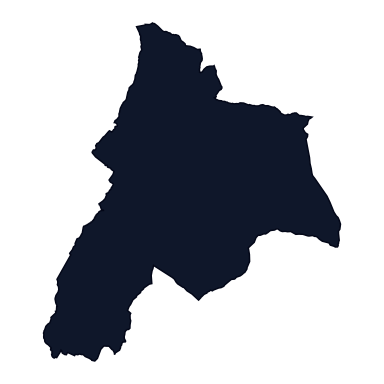 the district of Zetea, Harghita, Romania
{"feature_id": "2599482B1529970343685", "entity_name": "Zetea", "entity_type": "district", "adm_level": 2, "iso_a3": "ROU", "parent_name": "Romania", "parent_adm1": "Harghita", "projection": "mercator", "projection_center": [25.451, 46.47], "detail": "fine", "context": "isolated", "style": "filled", "palette": "ink", "viewbox_px": 384, "rotation_deg": 0, "n_neighbors": 0, "source": "geoboundaries", "source_scale": "gbopen_adm2", "svg_char_len": 5872}
<svg xmlns="http://www.w3.org/2000/svg" viewBox="0 0 384 384"><path d="M111.9,349.5L113.0,350.1L114.3,352.6L114.5,354.1L114.8,354.1L115.4,352.8L119.5,350.2L120.5,347.9L120.6,346.4L121.7,344.8L121.7,343.6L122.8,342.1L125.4,341.8L125.6,341.1L124.3,338.5L124.2,336.5L124.7,334.5L125.0,332.0L126.0,330.4L127.1,329.6L128.7,329.4L129.9,328.2L130.0,324.9L130.7,320.8L130.1,318.7L130.0,315.3L130.2,314.4L130.7,313.3L127.5,310.5L129.1,306.4L130.5,304.6L132.9,299.8L136.4,296.9L136.6,295.6L140.5,292.6L140.7,291.3L143.4,289.0L143.9,287.9L149.3,284.1L151.8,283.6L151.2,275.5L152.1,270.5L152.9,268.7L153.5,265.4L172.3,277.4L174.4,279.1L176.0,281.9L177.6,283.8L182.9,287.2L184.0,287.5L187.0,290.8L192.0,294.0L198.6,300.1L201.0,297.5L201.0,297.0L201.8,296.6L204.1,294.3L206.9,293.0L207.2,292.2L209.3,291.2L210.4,290.2L212.5,290.8L213.3,290.1L218.6,288.0L221.1,287.6L223.5,286.4L224.2,285.8L224.6,285.0L231.3,279.4L234.3,279.1L235.2,278.6L236.3,277.2L240.3,275.8L242.5,274.2L243.6,273.0L244.7,272.5L246.7,269.4L247.0,268.7L246.8,268.1L249.6,261.5L249.4,254.5L248.3,247.8L254.2,242.3L256.0,237.6L258.1,235.3L260.4,235.2L264.3,233.6L265.0,234.0L266.0,233.8L266.7,233.0L267.3,233.0L269.7,231.0L270.6,230.5L274.6,230.0L276.6,228.9L277.3,228.8L277.9,229.0L280.3,230.8L282.3,231.5L285.2,231.3L287.6,231.7L290.8,231.5L295.8,234.3L299.0,234.1L302.9,234.3L307.6,235.8L309.0,236.0L312.5,235.5L314.7,236.4L315.9,236.4L317.2,237.0L319.3,239.1L322.3,241.2L329.0,242.9L330.3,245.1L333.9,246.2L335.3,247.0L337.5,246.9L338.1,245.8L338.2,244.9L337.9,244.4L338.6,243.1L338.5,242.2L339.2,240.3L338.5,233.6L338.5,231.1L339.8,229.3L340.5,224.1L339.2,220.2L338.0,217.5L336.3,215.9L333.9,212.1L330.0,202.5L327.0,196.2L315.0,178.8L312.9,176.1L312.4,175.2L311.9,173.2L311.2,168.6L310.0,163.5L309.5,157.7L306.0,139.2L307.5,136.6L307.7,134.3L305.3,132.8L303.3,129.5L303.2,128.0L307.4,124.1L307.9,121.5L309.1,118.8L310.4,118.4L312.0,117.1L307.7,116.4L305.6,116.6L304.6,116.1L300.9,115.5L299.4,115.6L296.3,113.0L294.2,113.0L293.7,113.4L292.4,113.4L290.3,114.7L288.4,114.7L288.0,114.3L287.5,114.8L284.7,115.2L281.4,113.6L280.4,112.7L280.1,111.7L277.0,108.8L275.8,108.4L275.5,107.8L274.2,107.0L273.7,107.3L271.4,106.9L268.0,105.7L265.4,105.8L262.9,104.7L260.8,105.0L258.8,105.9L255.7,106.0L254.1,105.5L252.9,105.7L249.4,104.6L248.5,105.0L243.7,103.1L240.5,102.9L239.4,103.1L238.7,103.8L236.6,103.6L233.8,103.9L232.6,103.4L231.9,103.7L228.2,102.9L227.3,102.2L225.7,102.0L224.8,101.4L222.5,101.4L221.6,100.8L218.5,100.5L217.6,99.9L216.3,99.7L215.3,98.3L214.6,98.2L214.4,97.7L215.2,97.7L216.2,96.7L215.9,95.7L216.1,94.6L216.8,94.0L219.1,90.5L221.1,89.4L220.9,89.0L221.9,88.1L221.8,86.8L221.1,85.9L218.5,79.3L217.4,77.7L216.5,75.6L216.0,75.0L216.2,74.6L216.0,74.2L216.2,70.7L215.6,69.9L215.5,69.2L214.9,68.6L214.7,67.2L214.1,65.7L213.7,66.1L209.7,66.2L206.8,66.9L204.0,69.3L202.4,71.8L200.6,72.7L199.6,72.2L199.8,71.5L199.4,70.2L199.5,68.8L199.9,67.5L199.7,66.7L200.0,64.9L200.4,62.6L202.0,60.4L202.2,58.7L201.9,56.3L201.4,54.2L201.6,53.9L200.1,50.9L200.3,50.1L200.1,49.2L197.8,49.5L196.8,49.3L193.8,47.6L190.3,46.3L185.8,45.8L185.4,45.2L185.0,43.7L182.8,41.8L181.3,40.9L180.7,39.8L179.5,36.9L178.4,35.6L175.8,34.7L174.3,35.0L173.7,34.6L171.9,34.7L170.0,33.0L168.3,32.7L167.5,32.1L165.9,31.5L164.6,31.8L162.7,31.1L157.8,26.2L154.6,23.7L153.7,23.4L152.9,23.5L152.3,23.0L151.9,23.5L149.6,24.6L145.4,24.4L145.5,24.7L145.1,25.1L136.6,26.7L139.4,32.6L139.8,34.6L140.7,36.1L140.5,39.5L141.2,41.9L141.1,43.0L141.7,44.2L141.0,46.7L141.7,49.4L141.5,50.7L140.7,51.4L139.9,52.9L139.0,56.6L138.7,57.1L139.2,58.4L138.6,60.7L139.1,61.8L138.3,64.3L138.4,66.0L137.1,71.5L136.6,72.7L136.6,73.4L135.4,75.2L134.9,79.5L134.0,81.8L133.8,83.0L132.5,84.8L130.9,86.1L129.2,87.9L128.9,90.5L128.3,91.2L127.8,92.4L126.4,99.1L125.7,100.4L123.2,102.6L123.0,103.5L122.1,104.7L120.3,108.4L119.5,112.6L119.0,113.8L119.1,116.6L116.8,119.5L115.1,120.6L114.9,121.1L114.3,122.6L115.4,122.7L117.0,124.0L117.3,125.4L117.2,126.2L115.3,126.5L115.0,126.9L114.9,129.0L113.6,129.7L113.1,130.7L111.7,132.0L109.5,130.8L108.8,131.3L104.8,136.0L103.1,137.2L98.9,142.7L96.9,143.6L95.7,145.7L96.1,147.1L96.2,148.6L94.5,150.3L93.4,150.0L92.3,151.8L92.2,152.7L95.6,156.9L105.0,164.2L105.2,165.3L105.8,165.5L107.1,165.2L107.6,167.1L110.6,168.1L111.4,169.5L114.0,171.3L113.0,174.5L109.1,180.0L110.3,182.0L112.7,183.4L113.4,184.6L111.9,187.0L111.9,187.6L111.4,187.7L110.7,189.6L109.7,190.2L108.7,192.4L108.2,192.5L108.2,193.0L106.4,193.5L106.1,194.0L106.7,195.1L106.1,196.1L105.2,198.6L102.7,201.2L99.0,203.8L99.3,204.8L100.0,205.1L101.4,209.3L103.4,210.2L103.5,210.5L101.2,210.6L99.1,211.7L98.0,213.5L97.2,213.8L96.8,214.7L96.2,214.9L95.8,216.0L95.2,216.4L95.1,217.5L94.5,217.9L94.1,219.4L93.6,219.6L93.5,220.4L92.9,220.5L91.6,222.1L91.0,222.1L90.8,222.8L90.3,223.2L89.5,223.1L87.7,224.7L87.3,224.5L86.8,225.2L86.1,225.2L85.6,225.7L83.7,226.3L83.3,227.3L82.2,233.6L81.6,234.0L80.8,235.8L79.4,237.9L77.0,238.9L75.3,243.0L75.1,243.8L75.4,244.8L75.0,245.7L73.5,246.9L72.5,249.6L69.7,253.3L70.1,254.2L70.8,254.9L57.0,279.3L57.7,281.1L57.8,282.9L57.4,284.7L58.5,286.6L58.8,289.5L58.1,292.1L56.0,295.4L55.2,298.1L55.1,299.1L55.8,302.9L57.3,306.4L56.7,306.5L56.4,311.1L55.5,311.3L55.9,312.8L51.0,317.4L51.2,318.9L49.9,322.8L47.9,324.1L45.9,326.3L44.7,329.9L44.0,331.0L43.9,332.3L43.5,333.0L43.9,334.7L43.7,336.5L43.8,338.1L44.5,339.0L44.9,341.7L46.2,343.4L48.4,344.9L51.0,347.6L50.9,348.0L51.1,348.5L50.7,348.8L50.6,349.7L51.3,350.7L52.3,351.2L51.9,352.4L52.4,353.5L51.6,354.1L52.0,356.0L52.7,357.1L53.8,357.9L54.4,358.0L55.5,357.2L56.7,357.6L60.1,352.1L61.0,350.1L61.8,350.9L61.8,351.7L62.4,353.1L64.7,354.5L66.4,354.7L67.4,352.6L67.7,352.5L74.6,355.6L75.3,354.3L77.9,354.7L79.4,354.0L81.7,354.6L83.1,354.5L85.2,356.5L89.1,358.2L91.6,359.7L91.8,360.3L94.8,361.0L97.4,358.4L100.8,349.3L103.8,346.0L109.0,346.2L111.9,349.5Z" fill="#0f172a" stroke="#020617" stroke-width="1.5"/></svg>